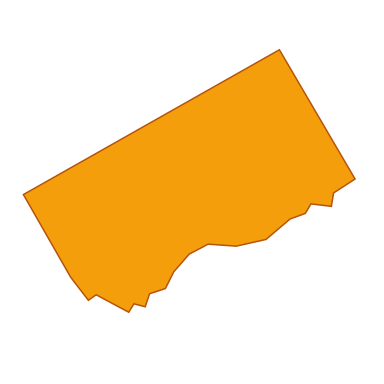 Edwards, Illinois, United States of America (Robinson projection), rotated 60°
{"feature_id": "52423323B63371987801895", "entity_name": "Edwards", "entity_type": "district", "adm_level": 2, "iso_a3": "USA", "parent_name": "United States of America", "parent_adm1": "Illinois", "projection": "robinson", "projection_center": [-87.988, 38.413], "detail": "fine", "context": "isolated", "style": "filled", "palette": "amber", "viewbox_px": 384, "rotation_deg": 60, "n_neighbors": 0, "source": "geoboundaries", "source_scale": "gbopen_adm2", "svg_char_len": 428}
<svg xmlns="http://www.w3.org/2000/svg" viewBox="0 0 384 384"><g transform="rotate(60 192 192)"><path d="M112.5,45.2L109.9,339.3L205.2,339.7L234.0,335.9L233.1,326.4L264.5,306.9L259.8,298.2L268.0,289.9L258.9,279.6L262.3,263.3L252.0,247.7L244.4,225.5L245.2,204.2L261.0,180.8L270.1,151.6L264.4,120.6L267.2,104.6L261.8,94.9L274.1,78.5L263.6,69.8L262.3,44.3L112.5,45.2Z" fill="#f59e0b" stroke="#b45309" stroke-width="1.5"/></g></svg>